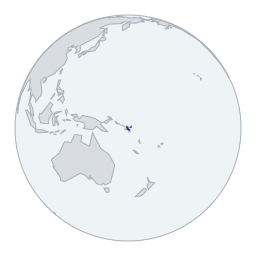 the Earth from above Malaita
{"feature_id": "SLB-1260", "entity_name": "Malaita", "entity_type": "Province", "adm_level": 1, "iso_a3": "SLB", "parent_name": "Solomon Islands", "parent_adm1": "", "projection": "orthographic", "projection_center": [161.217, -8.863], "detail": "fine", "context": "on_globe", "style": "filled", "palette": "blue", "viewbox_px": 256, "rotation_deg": 0, "n_neighbors": 0, "source": "natural_earth", "source_scale": "10m", "svg_char_len": 6420}
<svg xmlns="http://www.w3.org/2000/svg" viewBox="0 0 256 256"><circle cx="128" cy="128" r="113" fill="#eef3f6" stroke="#a8b0b8"/><path d="M162.9,143.0L162.9,143.9L162.8,144.0L162.9,143.0ZM223.8,68.8L223.2,67.8L224.3,69.6L229.2,78.6L227.1,74.5L226.5,73.4L221.4,65.2L218.7,61.9L210.7,52.4L200.2,41.9L202.5,43.7L199.7,41.2L196.7,39.0L195.4,38.2L181.8,29.6L171.0,25.5L170.3,26.4L168.3,24.8L168.8,28.3L164.7,29.1L167.7,27.0L166.7,26.0L163.1,25.7L161.3,24.6L158.6,24.0L156.8,22.9L158.7,22.1L157.5,21.5L155.0,21.4L151.7,20.4L155.5,20.6L150.0,19.1L152.2,18.4L163.9,21.3L163.8,21.2L171.9,24.3L179.8,28.0L187.3,32.2L194.5,37.1L201.3,42.5L207.7,48.4L213.6,54.8L219.0,61.6L223.8,68.8ZM200.8,79.9L200.0,77.5L201.7,79.1L200.8,79.9ZM198.6,76.1L199.1,76.9L198.5,76.2L198.6,76.1ZM197.6,75.6L198.3,76.0L197.6,75.8L197.6,75.6ZM196.4,75.3L197.0,75.4L196.4,75.3ZM194.2,74.1L193.7,73.7L194.2,73.5L194.2,74.1ZM195.1,38.1L196.8,39.1L200.2,41.7L199.0,40.9L195.1,38.1ZM188.5,33.9L188.8,33.9L191.9,36.0L190.7,35.4L188.5,33.9ZM170.2,27.5L171.9,27.7L170.8,27.9L170.2,27.5ZM158.5,24.1L158.6,24.5L157.1,24.0L158.5,24.1ZM153.0,22.0L150.6,21.3L153.4,21.8L153.0,22.0ZM149.5,20.9L143.7,19.6L143.3,20.2L141.0,18.2L146.7,19.7L150.1,20.2L148.7,20.3L149.5,20.9ZM140.7,17.5L139.5,17.2L141.1,17.4L140.7,17.5ZM107.8,17.2L103.9,18.0L110.1,17.2L109.5,18.0L111.0,17.5L115.0,17.3L115.2,17.0L116.2,16.9L126.6,17.2L127.8,17.7L134.0,18.1L134.7,18.0L134.2,17.5L141.0,18.2L143.3,20.2L141.5,20.3L144.2,21.8L139.5,22.0L137.0,23.1L130.3,23.0L128.8,24.2L130.1,24.7L129.0,27.0L122.5,30.6L122.3,25.4L130.9,21.2L126.9,22.6L126.2,21.7L123.8,22.0L121.1,23.2L121.8,23.6L109.1,24.1L99.4,28.1L104.0,28.3L104.6,30.0L97.6,36.5L80.0,45.7L80.5,49.5L79.0,52.0L75.0,53.4L77.2,49.7L75.3,48.3L77.1,46.3L71.5,47.8L73.8,45.0L68.3,47.8L67.8,50.1L71.9,49.6L66.1,53.7L67.3,58.1L64.8,63.6L54.1,73.7L47.2,77.1L46.2,79.0L44.8,77.1L40.8,81.1L41.8,91.7L41.1,95.0L35.6,101.8L35.9,99.3L32.1,94.0L29.8,102.1L32.7,108.2L33.6,116.0L30.7,113.9L30.0,107.1L28.7,105.1L30.1,98.1L31.1,88.3L28.3,90.7L29.6,86.7L30.5,79.4L27.1,82.8L21.0,94.9L18.5,105.4L17.1,110.7L19.6,97.3L22.2,89.3L25.4,81.6L29.1,74.1L33.4,66.9L38.2,60.0L43.5,53.5L49.2,47.5L55.4,41.9L62.0,36.7L69.0,32.1L76.3,27.9L83.8,24.4L91.7,21.4L99.7,19.0L107.8,17.2ZM53.6,212.0L55.2,213.1L55.3,213.5L53.6,212.0ZM53.3,133.8L56.0,134.3L56.0,134.8L53.3,133.8ZM50.4,132.0L53.4,132.1L50.1,133.2L50.4,132.0ZM54.5,132.2L57.6,131.1L58.9,130.2L58.7,131.3L54.5,132.2ZM48.5,132.2L38.9,132.7L35.4,131.6L36.0,129.6L41.7,129.6L48.5,132.2ZM35.8,129.5L30.7,124.7L25.6,110.3L27.4,110.2L33.1,118.4L32.7,120.1L35.7,124.0L35.8,129.5ZM48.9,118.5L48.5,123.6L43.0,123.4L40.6,122.8L38.9,116.6L39.8,113.3L41.7,113.3L50.2,102.2L52.9,104.7L50.0,109.2L52.3,113.4L48.9,118.5ZM18.4,106.4L17.9,112.3L17.4,113.7L18.4,106.4ZM54.6,94.8L50.5,99.5L54.5,93.4L54.6,94.8ZM57.5,89.2L57.3,91.5L56.3,89.3L57.5,89.2ZM45.2,82.0L43.2,82.7L43.6,81.1L46.4,79.4L45.2,82.0ZM62.9,68.4L61.2,72.6L60.2,74.1L60.1,71.5L62.9,68.4ZM144.1,188.1L146.9,189.5L144.7,192.9L140.8,196.0L135.4,196.4L144.1,188.1ZM106.6,192.5L103.8,188.0L108.9,188.0L109.1,191.9L106.6,192.5ZM147.0,185.7L148.9,182.2L147.0,177.0L149.9,181.9L154.5,182.9L148.4,189.4L147.0,185.7ZM80.1,173.3L64.9,181.6L60.8,180.6L60.1,177.0L53.0,166.5L54.2,166.7L51.3,159.7L59.3,153.0L64.5,141.7L71.0,142.5L74.7,134.6L81.9,135.4L80.8,141.7L89.5,146.4L92.5,132.4L100.7,148.3L109.0,154.6L114.8,165.3L110.6,182.1L105.5,185.1L103.2,183.2L101.4,184.9L96.8,183.8L91.7,177.7L90.0,179.3L90.4,175.1L88.6,178.8L85.0,175.0L80.1,173.3ZM133.2,150.0L135.0,150.7L138.7,154.0L135.8,153.0L133.2,150.0ZM158.4,145.4L159.9,146.9L157.8,146.9L158.4,145.4ZM162.8,144.0L160.2,144.0L162.9,143.0L162.8,144.0ZM139.3,141.9L140.5,143.0L139.8,143.3L139.3,141.9ZM138.5,141.4L139.2,140.0L139.4,141.6L138.5,141.4ZM128.9,131.8L129.7,131.2L130.3,131.9L128.9,131.8ZM60.1,134.3L63.7,130.3L65.9,130.0L60.1,134.3ZM127.3,130.0L124.9,129.5L125.1,128.8L127.3,130.0ZM127.2,128.1L126.8,126.9L128.6,129.8L127.2,128.1ZM122.4,125.0L125.5,127.4L122.1,125.2L122.4,125.0ZM120.8,125.1L118.8,123.9L118.9,123.6L120.8,125.1ZM100.5,124.3L107.8,131.7L102.5,131.0L96.3,126.3L92.6,129.8L83.4,128.5L85.2,126.3L83.7,122.6L74.9,120.7L73.1,118.4L76.0,116.9L70.5,114.9L76.5,114.1L79.1,118.9L82.6,115.4L89.1,116.8L95.8,118.9L101.7,123.0L100.5,124.3ZM77.0,124.5L78.0,124.6L77.2,126.0L77.0,124.5ZM114.9,120.8L117.9,123.5L117.6,124.1L116.2,123.5L114.9,120.8ZM103.0,122.3L109.1,119.0L110.7,119.3L106.7,123.3L103.0,122.3ZM107.4,116.3L110.5,117.2L112.2,119.6L111.6,120.1L107.4,116.3ZM64.8,119.7L64.6,121.1L63.1,120.0L64.8,119.7ZM66.6,119.0L71.2,120.6L66.2,120.1L66.6,119.0ZM54.1,114.4L55.2,117.5L58.8,115.5L56.1,118.4L58.8,123.5L58.1,125.4L55.3,119.9L54.8,125.6L53.2,125.6L52.1,120.7L53.5,114.7L55.1,112.2L61.8,111.2L54.1,114.4ZM66.5,115.2L65.3,111.6L66.2,109.3L67.4,111.2L66.5,115.2ZM62.4,103.2L59.9,99.2L57.2,100.7L63.1,95.3L64.4,99.9L62.4,103.2ZM60.9,94.5L58.4,95.9L61.3,92.8L60.9,94.5ZM58.0,94.6L58.1,91.9L59.9,92.3L58.0,94.6ZM62.2,94.7L63.4,90.1L63.9,92.8L62.2,94.7ZM58.5,86.1L61.6,90.3L56.8,88.5L58.6,80.2L60.8,79.9L58.5,86.1ZM83.2,55.0L83.8,53.0L86.3,52.7L85.2,54.1L83.2,55.0ZM95.0,50.7L87.2,52.0L80.9,53.5L82.0,54.5L79.0,57.8L78.4,54.6L84.1,51.1L88.5,50.6L90.9,48.0L95.1,46.5L96.9,43.3L99.3,42.2L99.1,45.0L95.0,50.7ZM97.4,42.1L102.0,37.1L106.0,38.2L105.8,39.6L102.1,41.3L100.2,40.5L97.4,42.1ZM104.3,36.3L102.5,35.7L105.5,29.0L107.1,28.0L106.9,33.1L105.3,32.9L103.8,34.4L104.3,36.3ZM139.0,17.3L139.5,17.2L139.9,17.5L139.0,17.3ZM116.3,16.7L117.7,16.5L118.2,16.7L116.3,16.7ZM122.0,16.2L120.5,16.1L122.7,16.1L122.0,16.2ZM117.0,16.2L120.2,16.1L116.2,16.3L117.0,16.2Z" fill="#d9dde1" stroke="#a8b0b8" stroke-width="1"/><path d="M128.3,129.5L128.2,129.4L128.1,129.2L127.9,129.0L127.7,128.9L127.5,128.7L127.4,128.6L127.2,128.3L127.1,128.2L127.1,127.9L127.0,127.6L126.9,127.5L127.0,127.4L126.9,127.2L126.8,126.9L126.9,127.0L127.0,127.0L127.0,126.9L127.1,127.0L127.3,127.1L127.3,127.3L127.5,127.4L127.6,127.5L127.5,127.8L127.5,128.0L127.6,127.9L127.6,128.0L127.8,128.1L127.9,128.3L128.0,128.4L128.0,128.5L128.1,128.8L128.2,129.0L128.3,129.2L128.3,129.3L128.3,129.5L128.3,129.5ZM128.3,129.1L128.3,128.9L128.3,129.0L128.5,129.2L128.5,129.3L128.6,129.5L128.7,129.8L128.6,129.7L128.4,129.7L128.3,129.4L128.3,129.2L128.3,129.1ZM129.5,129.9L129.4,129.9L129.4,129.7L129.5,129.6L129.4,129.7L129.5,129.7L129.5,129.9L129.5,129.9ZM131.0,127.1L130.9,127.1L131.0,127.0L131.0,127.1Z" fill="#3b82f6" stroke="#1e3a8a" stroke-width="1.5"/></svg>